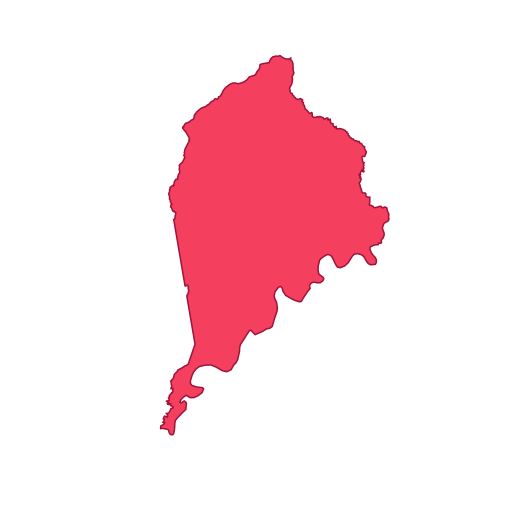 outline of Hobo, Huila, Colombia, rotated 201°
{"feature_id": "7082276B60614758896668", "entity_name": "Hobo", "entity_type": "district", "adm_level": 2, "iso_a3": "COL", "parent_name": "Colombia", "parent_adm1": "Huila", "projection": "natural_earth1", "projection_center": [-75.433, 2.565], "detail": "fine", "context": "isolated", "style": "filled", "palette": "rose", "viewbox_px": 512, "rotation_deg": 201, "n_neighbors": 0, "source": "geoboundaries", "source_scale": "gbopen_adm2", "svg_char_len": 6077}
<svg xmlns="http://www.w3.org/2000/svg" viewBox="0 0 512 512"><g transform="rotate(201 256 256)"><path d="M369.4,354.5L370.0,351.8L369.8,350.8L370.3,350.8L370.6,350.0L370.2,349.0L365.4,346.2L360.6,342.3L360.3,341.6L360.2,340.2L359.5,340.1L360.6,330.3L360.2,328.8L360.1,326.9L359.3,325.8L359.5,324.0L358.4,323.4L357.7,322.2L358.1,321.3L357.8,320.5L358.2,318.8L358.1,317.4L358.5,317.0L360.2,313.5L359.0,310.8L358.9,309.6L357.3,307.3L357.1,305.8L357.6,304.7L357.3,301.0L356.8,300.1L356.9,299.5L358.2,299.0L358.8,296.6L358.8,295.7L358.4,294.7L358.5,293.5L358.0,292.7L358.1,292.0L358.5,292.2L359.3,291.9L359.5,291.2L360.8,289.3L360.3,287.8L360.5,286.9L360.2,286.7L359.8,284.7L359.8,282.7L357.9,280.3L357.3,278.3L355.7,277.0L355.3,275.7L354.8,275.6L353.8,274.6L353.0,274.3L352.9,274.1L353.7,273.6L353.4,271.3L352.1,270.7L350.0,268.2L348.7,268.6L348.4,267.9L346.8,267.9L346.1,267.0L345.9,264.8L345.1,261.7L345.3,261.0L345.9,260.6L311.8,203.1L311.6,203.3L311.1,202.7L309.5,204.2L308.4,203.2L307.4,200.9L306.0,199.0L306.3,198.0L305.8,196.1L306.3,195.6L306.1,194.2L306.3,193.9L281.3,151.8L280.5,130.8L281.7,128.9L283.4,127.4L284.3,125.9L288.1,121.5L288.3,119.5L289.8,116.5L289.4,112.1L290.8,108.5L290.2,108.0L289.0,105.7L287.9,104.3L288.1,103.3L287.9,102.8L288.0,101.9L287.7,101.6L286.2,102.5L285.8,101.3L285.4,101.0L285.4,100.1L285.0,99.5L285.1,98.6L285.8,98.1L285.8,97.4L286.3,96.7L286.9,94.0L286.1,92.9L286.2,92.4L286.8,92.0L286.7,91.8L285.8,91.1L285.3,90.3L286.2,88.9L287.1,89.0L287.5,88.4L285.0,87.8L285.9,86.5L285.6,86.0L284.6,85.9L283.1,87.2L282.5,87.3L282.6,86.3L282.2,85.7L280.2,85.6L279.1,85.1L279.0,84.7L279.1,84.3L280.7,83.1L280.7,81.5L281.2,78.1L283.2,76.9L281.5,75.8L280.9,74.5L281.0,74.0L281.3,73.4L282.4,74.1L284.0,73.7L284.2,72.9L284.2,70.7L282.8,70.4L282.6,70.0L283.3,67.3L281.4,67.6L281.9,65.6L284.0,63.2L283.5,61.4L283.1,60.6L281.7,61.5L277.9,62.3L275.8,62.4L274.9,61.7L274.0,60.3L273.0,59.2L271.5,58.7L270.0,59.1L269.2,60.5L270.0,65.2L271.9,71.1L272.3,73.4L271.6,76.1L268.0,84.6L266.5,87.5L268.2,93.6L269.4,94.5L271.1,95.0L272.9,92.3L273.8,91.9L274.5,92.2L274.6,94.3L274.0,96.7L271.3,101.0L266.9,100.1L263.1,101.6L259.9,105.0L257.4,109.1L257.3,113.2L258.8,113.9L264.5,112.5L269.4,112.2L271.5,113.6L272.5,116.0L272.9,121.6L272.7,125.1L271.5,129.0L269.1,132.7L263.9,136.1L259.0,138.1L253.6,138.0L246.2,136.9L241.8,137.5L238.5,140.9L237.6,146.7L236.5,148.8L236.0,152.8L237.2,161.1L238.5,164.9L238.8,167.6L235.4,184.1L233.8,184.8L229.9,182.7L228.6,182.3L222.8,188.0L220.0,191.8L217.3,193.4L215.6,196.0L216.3,204.4L216.6,212.0L217.5,215.4L220.3,220.2L222.9,222.6L224.8,225.3L225.4,229.5L223.8,234.9L222.0,236.4L220.0,235.3L218.2,232.8L214.3,229.9L207.7,228.8L203.5,228.5L198.9,228.8L197.3,230.0L196.8,233.8L194.8,242.3L193.8,244.9L195.2,247.1L195.3,249.3L194.2,251.0L192.9,252.1L191.8,252.5L189.1,252.9L186.5,254.1L184.7,256.8L184.5,259.1L185.8,260.2L190.8,261.6L193.2,265.4L194.4,269.2L195.1,275.2L193.9,277.8L192.1,280.4L189.8,283.0L187.8,283.4L185.5,282.9L183.1,281.0L178.8,276.8L176.0,274.8L173.0,275.3L169.6,278.6L167.5,282.8L166.0,290.5L164.9,293.0L162.2,294.5L158.8,295.0L156.4,294.5L154.7,293.8L150.5,290.3L148.4,289.1L145.9,288.8L141.6,291.0L141.4,292.9L142.0,295.2L144.0,297.3L147.2,298.8L149.2,300.2L152.2,303.3L152.6,305.4L150.2,308.0L147.9,309.6L146.0,310.3L145.9,310.9L146.2,311.7L146.1,312.1L144.3,312.5L143.8,312.9L143.6,313.4L144.6,315.4L144.6,316.3L143.7,318.8L143.9,321.6L144.5,323.1L147.5,326.6L148.0,327.7L148.2,329.4L148.2,332.0L147.8,333.0L145.4,335.7L145.0,336.7L145.2,338.4L146.1,339.6L147.0,342.7L149.3,345.0L151.2,347.8L152.4,348.0L153.5,347.8L155.2,346.1L156.9,347.1L158.0,346.9L160.7,344.7L163.2,343.4L164.8,344.4L167.5,344.5L168.3,344.3L168.6,344.4L169.0,346.9L170.8,351.7L173.0,351.0L174.2,351.1L175.1,351.7L175.8,353.6L176.9,354.0L177.6,353.4L179.3,353.2L179.7,353.4L181.8,356.2L183.2,357.7L184.4,359.6L185.8,360.8L185.3,362.8L185.3,364.9L185.8,366.2L187.2,366.2L187.4,366.8L186.9,367.5L187.0,368.0L188.4,368.3L189.0,368.8L188.9,369.2L187.7,369.7L188.4,371.1L188.3,372.5L187.4,373.4L185.9,373.0L185.5,373.3L185.5,373.6L186.1,374.5L187.8,374.5L187.7,374.9L187.0,375.4L186.7,376.6L186.8,377.0L187.9,377.9L187.8,379.6L188.7,380.1L188.4,381.9L190.2,382.1L191.2,384.3L192.5,385.7L192.3,387.2L190.2,387.8L190.1,392.3L190.3,392.8L192.9,394.8L193.8,396.9L196.1,397.3L197.7,398.7L199.4,398.6L200.8,399.9L201.3,399.8L202.1,399.0L203.1,399.6L204.8,399.1L205.8,399.2L207.1,400.1L208.6,399.8L209.9,400.4L210.9,400.3L211.6,401.3L213.1,401.9L214.0,403.4L215.0,403.4L215.7,404.5L216.6,404.4L218.0,405.2L220.5,405.4L222.4,405.2L223.7,404.9L224.0,404.4L225.5,404.2L226.4,403.4L226.8,403.7L227.5,405.6L228.4,405.1L228.7,404.2L228.9,404.2L230.0,405.1L230.8,405.3L231.3,407.0L234.3,407.0L234.6,408.3L235.7,410.2L236.3,409.5L237.1,409.8L237.5,408.9L237.8,408.9L238.4,410.5L238.7,410.5L239.6,410.0L241.4,408.0L242.7,409.1L246.4,409.2L246.9,408.8L247.1,407.9L248.6,408.0L250.2,406.7L252.7,406.1L253.9,407.1L254.0,408.0L255.1,409.8L255.7,409.8L256.1,409.0L257.2,408.3L260.8,410.4L262.9,410.9L264.7,413.7L266.4,414.8L266.7,416.3L268.5,416.7L268.3,418.3L269.8,418.8L271.2,418.8L272.7,417.2L275.4,417.2L276.2,418.0L277.2,418.1L278.5,419.2L279.4,419.1L280.3,420.6L282.0,420.6L283.4,422.1L283.5,423.0L284.7,424.1L284.8,426.6L284.3,428.4L284.5,431.0L285.3,434.1L286.7,436.5L286.2,438.7L286.2,440.5L287.8,442.5L290.4,448.7L292.0,450.7L293.7,451.4L294.5,453.3L296.0,451.3L296.6,451.5L297.9,450.9L299.7,450.6L302.0,450.8L305.4,451.7L306.6,450.6L309.2,449.7L311.8,447.8L313.0,445.1L313.1,441.2L318.9,437.8L320.8,436.2L320.1,433.2L320.2,431.1L321.3,427.8L321.3,425.8L322.2,424.1L326.4,420.9L327.6,417.2L329.6,414.3L332.9,411.4L335.2,410.2L337.3,410.1L339.8,409.0L341.2,407.7L342.6,405.9L344.9,402.1L345.0,401.4L345.9,398.9L346.0,396.3L346.6,392.7L347.1,391.8L348.0,391.2L347.8,389.7L348.1,388.7L348.7,388.4L350.2,388.4L350.7,387.9L351.4,385.7L353.0,384.2L354.4,380.7L355.9,379.0L356.4,377.5L358.0,376.4L360.0,374.5L361.3,372.4L362.9,369.2L364.0,365.4L363.4,362.7L363.6,361.1L364.9,359.8L366.8,356.7L369.4,354.5Z" fill="#f43f5e" stroke="#9f1239" stroke-width="1.5"/></g></svg>